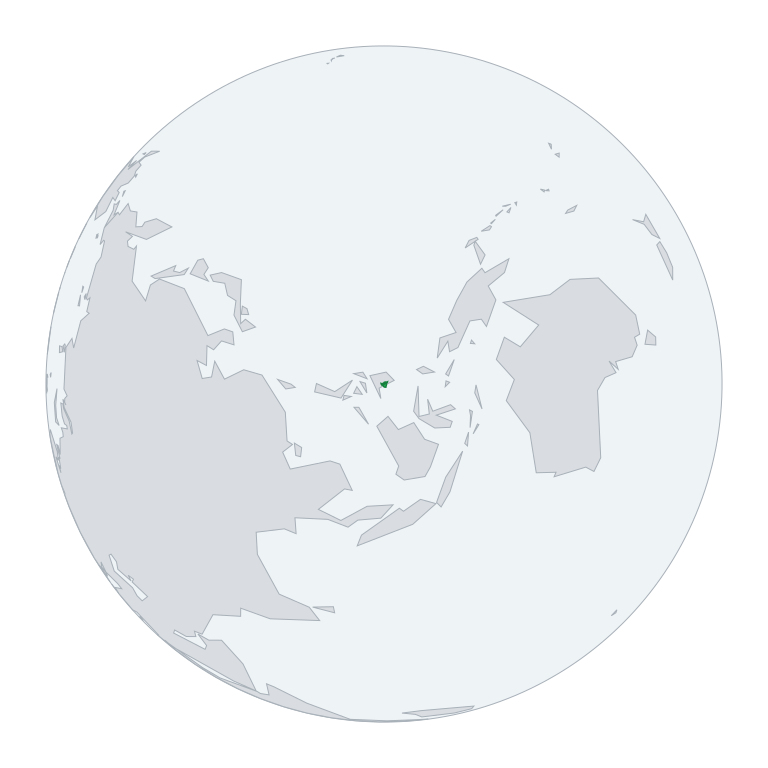 Maguindanao highlighted on a globe, orthographic projection, rotated 281°
{"feature_id": "PHL-2576", "entity_name": "Maguindanao", "entity_type": "Province", "adm_level": 1, "iso_a3": "PHL", "parent_name": "Philippines", "parent_adm1": "", "projection": "orthographic", "projection_center": [124.466, 7.153], "detail": "fine", "context": "on_globe", "style": "filled", "palette": "green", "viewbox_px": 768, "rotation_deg": 281, "n_neighbors": 0, "source": "natural_earth", "source_scale": "10m", "svg_char_len": 9248}
<svg xmlns="http://www.w3.org/2000/svg" viewBox="0 0 768 768"><g transform="rotate(281 384 384)"><circle cx="384" cy="384" r="338" fill="#eef3f6" stroke="#a8b0b8"/><path d="M651.7,499.7L651.4,502.0L651.1,502.4L651.7,499.7ZM559.4,95.2L558.9,94.9L548.4,91.6L556.2,98.5L545.7,91.7L568.2,111.3L569.7,119.4L561.1,105.8L554.9,101.2L552.5,103.8L545.6,99.8L540.5,99.2L532.5,94.6L528.1,88.1L522.9,85.4L521.5,87.5L512.6,85.1L515.4,82.2L500.2,78.0L490.0,68.9L504.2,68.8L491.7,63.8L491.4,63.6L514.8,72.4L537.5,83.0L559.4,95.2ZM698.7,282.3L695.9,274.9L698.4,278.4L698.7,282.3ZM693.6,271.3L694.7,273.6L693.6,271.9L693.6,271.3ZM692.4,270.6L693.3,271.1L692.6,271.3L692.4,270.6ZM691.2,270.7L691.8,270.3L691.8,270.7L691.2,270.7ZM688.3,268.4L687.5,267.7L687.8,266.5L688.3,268.4ZM563.5,104.9L563.9,103.5L565.8,106.4L563.5,104.9ZM541.2,100.0L543.3,101.8L539.7,100.8L541.2,100.0ZM524.3,93.1L518.0,91.4L523.6,91.9L524.3,93.1ZM513.8,89.7L498.6,86.7L501.8,90.2L484.0,79.6L502.8,85.0L509.3,84.8L509.2,87.0L513.8,89.7ZM476.6,74.7L472.3,73.4L476.0,73.6L476.6,74.7ZM485.3,61.6L483.1,61.0L472.3,57.9L469.6,57.2L468.4,56.8L485.3,61.6ZM459.8,54.7L460.2,54.8L452.3,53.1L459.8,54.7ZM447.0,52.1L459.2,54.6L458.8,54.6L447.0,52.1ZM441.1,50.9L445.4,51.7L444.9,51.6L441.1,50.9ZM432.7,49.6L432.0,49.5L432.7,49.6ZM439.9,50.7L441.0,50.9L438.1,50.5L439.9,50.7ZM417.2,47.7L414.8,47.5L417.2,47.7ZM94.9,209.0L94.3,211.0L113.0,184.9L114.3,180.5L127.7,163.7L133.0,159.0L133.0,165.6L137.3,160.6L146.3,147.0L155.4,140.1L150.4,142.0L145.7,147.4L142.4,149.3L146.6,144.5L149.7,141.9L152.2,138.6L137.6,152.8L158.2,132.6L180.5,114.2L204.3,97.8L203.1,98.6L214.2,91.9L215.9,91.6L222.9,87.0L224.7,86.0L235.5,80.5L243.6,77.1L248.9,74.5L239.9,78.3L266.6,67.1L271.5,65.5L275.7,65.1L255.3,76.2L246.9,78.9L250.0,75.8L235.2,83.9L242.1,80.6L239.2,82.9L250.3,78.8L248.8,80.3L262.1,74.3L261.4,75.8L253.0,79.6L268.9,76.3L271.1,79.2L275.4,77.9L279.4,75.6L279.5,81.7L282.7,80.5L283.9,78.0L291.1,74.2L303.7,70.4L303.1,72.7L298.4,74.4L287.6,82.0L275.3,87.1L276.4,87.7L286.9,84.0L300.0,74.5L307.8,71.7L302.7,75.8L305.2,74.0L308.9,73.4L311.9,75.2L318.0,70.8L359.2,64.8L369.2,69.0L360.1,72.5L388.2,74.3L397.2,81.1L398.3,78.4L412.5,78.9L409.9,76.7L411.5,75.5L446.8,78.6L454.6,82.0L471.0,82.4L471.6,81.4L466.7,78.7L484.0,79.6L501.8,90.2L499.6,92.0L512.3,98.4L505.5,102.0L505.7,108.7L490.9,110.4L492.4,116.5L497.2,118.4L502.8,129.0L497.7,145.8L480.6,123.2L484.1,101.3L480.9,108.9L475.3,104.9L470.2,106.5L468.5,112.7L472.2,114.7L436.9,117.1L420.1,134.1L436.6,135.8L444.2,143.6L439.5,169.8L397.9,201.9L407.6,216.8L406.3,225.6L393.8,229.3L395.3,216.3L385.1,210.2L387.9,202.9L368.3,206.2L371.4,196.0L354.7,204.5L358.0,213.4L374.1,213.5L358.3,226.5L371.2,243.6L369.5,262.5L337.5,292.5L309.6,299.7L307.2,305.7L297.8,297.5L282.6,308.2L298.2,345.7L296.9,356.0L273.5,373.1L273.5,365.3L248.4,343.5L241.8,367.7L260.7,390.7L267.1,415.9L251.7,406.5L245.4,384.3L236.6,376.0L240.4,354.7L235.7,322.1L220.3,326.3L222.8,313.8L214.1,286.8L192.6,292.2L157.7,321.2L150.6,353.2L139.5,366.0L131.8,317.1L136.6,286.1L128.6,287.6L124.9,260.1L103.7,253.2L105.2,245.1L100.2,247.5L98.4,238.2L102.6,225.4L99.4,225.0L89.4,259.0L93.4,259.8L103.1,249.0L99.1,260.9L101.5,273.4L82.3,299.0L58.3,317.1L63.8,293.0L85.8,226.4L89.5,219.9L89.9,219.2L90.7,217.8L84.7,228.1L91.1,215.8L71.0,260.0L64.2,279.1L57.9,318.4L56.6,321.7L56.9,330.5L67.3,325.9L65.7,333.9L56.0,369.0L48.4,414.8L53.9,451.0L60.9,480.9L63.6,491.4L56.7,468.0L51.5,444.1L48.0,419.9L46.3,395.6L46.3,371.1L48.1,346.8L51.7,322.6L57.0,298.8L64.0,275.4L72.7,252.5L83.0,230.4L94.9,209.0ZM135.5,155.0L130.4,160.7L130.5,160.6L135.5,155.0ZM125.0,188.0L130.2,192.5L141.6,174.6L144.6,175.3L147.4,169.4L142.4,173.4L151.3,158.1L158.5,155.3L164.9,148.5L163.5,146.8L148.9,154.9L136.0,176.1L129.0,182.0L125.0,188.0ZM376.7,46.2L370.9,46.4L359.7,47.0L365.6,46.6L348.9,47.9L349.7,47.8L376.7,46.2ZM411.1,47.2L412.0,47.3L395.8,46.3L390.2,46.1L411.1,47.2ZM310.4,54.7L314.9,53.6L316.5,53.3L328.6,51.1L328.3,51.6L320.9,53.1L310.4,54.7ZM109.5,188.5L105.8,192.8L107.7,189.9L108.6,188.9L109.5,188.5ZM312.1,54.8L317.2,53.7L313.9,54.7L312.1,54.8ZM328.8,51.9L326.1,52.9L329.7,51.4L328.8,51.9ZM199.9,651.3L206.8,655.7L203.7,655.3L199.9,651.3ZM70.6,483.3L85.0,533.7L82.0,532.0L74.5,515.9L64.4,484.6L65.7,477.8L64.4,464.4L70.6,483.3ZM352.1,481.0L362.6,483.4L362.2,484.9L352.1,481.0ZM341.1,474.6L352.9,476.2L339.1,477.8L341.1,474.6ZM357.6,476.8L369.7,474.9L374.9,472.9L374.0,476.0L357.6,476.8ZM333.1,474.0L290.7,469.3L274.2,463.5L277.8,458.2L304.4,462.4L333.1,474.0ZM276.5,457.8L251.8,439.0L220.0,388.6L231.3,390.7L265.0,422.8L262.8,427.4L277.7,441.8L276.5,457.8ZM337.5,434.4L335.2,449.0L311.6,445.4L301.0,441.9L293.6,422.1L297.7,412.9L306.3,414.1L341.2,385.0L353.0,394.1L342.0,406.8L351.8,420.6L337.5,434.4ZM151.4,356.5L155.7,376.8L150.0,379.2L151.4,356.5ZM356.3,363.8L341.6,376.5L355.4,359.0L356.3,363.8ZM365.2,347.0L365.5,354.2L360.3,346.7L365.2,347.0ZM305.9,315.3L296.7,316.0L297.0,311.0L308.9,307.3L305.9,315.3ZM368.2,278.7L366.1,292.8L363.7,297.5L360.4,288.5L368.2,278.7ZM317.1,63.9L300.5,65.8L288.4,69.0L281.3,73.0L284.2,68.9L302.9,63.9L317.1,63.9ZM354.1,64.1L360.2,61.7L362.4,63.0L361.3,63.7L354.1,64.1ZM354.4,62.5L352.9,59.4L359.5,58.2L359.3,60.8L354.4,62.5ZM331.8,55.1L326.9,55.5L329.7,54.5L331.8,55.1ZM572.5,625.2L576.4,627.6L566.8,636.4L553.6,645.1L541.1,647.6L572.5,625.2ZM474.1,643.4L472.8,632.6L487.2,632.5L482.0,641.7L474.1,643.4ZM581.8,618.5L590.4,608.9L592.8,596.6L592.8,607.9L600.5,608.6L579.5,626.9L581.8,618.5ZM418.4,594.8L353.0,610.8L338.2,606.8L340.9,597.9L325.4,568.7L330.2,569.7L325.9,550.4L364.0,536.5L391.0,507.2L413.3,511.1L429.5,489.6L452.9,493.2L446.5,510.7L471.4,524.6L486.9,485.4L503.3,529.8L522.2,546.7L529.0,574.4L499.7,617.9L481.7,625.5L477.7,621.0L470.4,625.1L458.1,622.4L450.2,607.1L443.1,611.1L449.5,600.5L439.4,609.6L432.5,599.7L418.4,594.8ZM586.1,529.7L589.8,531.2L596.1,539.1L590.0,537.4L586.1,529.7ZM642.2,508.2L644.1,511.9L640.1,512.6L642.2,508.2ZM651.1,502.4L646.4,503.6L651.7,499.7L651.1,502.4ZM604.6,505.5L606.6,508.4L605.1,509.2L604.6,505.5ZM603.1,504.5L605.2,500.3L605.0,504.7L603.1,504.5ZM584.8,479.8L587.0,477.8L588.0,479.6L584.8,479.8ZM378.2,485.0L392.6,474.8L400.7,474.5L378.2,485.0ZM581.5,474.9L575.9,474.1L576.4,471.8L581.5,474.9ZM581.7,469.5L581.1,466.2L584.7,474.1L581.7,469.5ZM570.9,461.4L577.8,467.7L570.1,462.0L570.9,461.4ZM566.9,461.9L561.9,458.9L562.3,458.0L566.9,461.9ZM512.5,461.9L530.8,482.7L516.4,481.0L500.1,467.6L487.9,477.8L460.0,473.6L466.2,467.2L462.3,456.3L433.9,449.6L428.2,442.2L438.2,438.5L419.6,431.3L439.9,430.1L448.3,444.9L459.8,435.0L480.1,439.5L500.0,446.0L516.3,458.0L512.5,461.9ZM440.3,461.1L443.8,461.5L440.8,465.4L440.3,461.1ZM552.5,450.3L559.7,457.8L558.9,459.5L555.4,458.1L552.5,450.3ZM520.0,455.9L537.4,445.7L541.5,446.3L530.0,458.6L520.0,455.9ZM533.0,437.7L541.2,440.1L545.6,447.1L544.0,448.8L533.0,437.7ZM398.9,444.3L398.2,448.1L393.0,444.6L398.9,444.3ZM405.6,442.6L421.4,448.3L404.2,445.8L405.6,442.6ZM358.8,424.6L363.2,434.2L377.4,429.7L366.6,437.1L376.4,453.3L373.2,458.8L363.4,441.3L360.3,458.1L354.1,457.2L350.5,442.2L356.7,425.0L362.9,418.3L388.6,417.8L358.8,424.6ZM405.4,431.3L401.3,420.1L404.4,413.2L408.9,419.3L405.4,431.3ZM389.5,393.3L379.0,380.0L369.1,383.7L389.5,368.6L396.1,383.8L389.5,393.3ZM381.2,365.6L371.9,368.9L381.8,360.0L381.2,365.6ZM369.7,364.6L369.1,356.0L376.2,357.9L369.7,364.6ZM385.9,366.4L388.4,352.3L391.6,361.0L385.9,366.4ZM367.1,337.1L381.8,352.3L362.0,344.5L363.0,317.4L371.6,317.6L367.1,337.1ZM426.3,237.9L425.2,230.7L433.4,230.1L431.8,235.1L426.3,237.9ZM459.2,224.1L435.2,227.7L415.9,231.8L421.1,235.6L415.4,247.0L408.3,235.0L423.0,223.6L437.5,222.8L441.1,213.5L452.5,208.5L452.2,196.8L457.7,192.6L462.4,203.3L459.2,224.1ZM451.5,191.9L455.2,172.7L470.0,177.6L472.5,182.8L464.6,189.3L457.2,186.3L451.5,191.9ZM460.4,169.8L453.3,167.0L443.8,139.2L445.5,134.8L460.5,157.0L454.7,155.8L454.4,162.2L460.4,169.8ZM472.8,74.8L472.3,73.6L475.5,75.1L472.8,74.8ZM409.7,74.3L412.4,73.1L416.0,74.5L409.7,74.3ZM421.9,70.7L415.9,69.9L422.5,69.7L421.9,70.7ZM402.5,68.7L413.7,69.1L402.6,70.2L402.5,68.7Z" fill="#d9dde1" stroke="#a8b0b8" stroke-width="1"/><path d="M382.6,383.0L382.6,382.9L382.6,382.7L382.6,382.4L382.4,382.5L382.3,382.4L383.5,381.2L384.0,381.0L383.9,381.7L383.9,381.9L384.1,382.1L384.2,382.3L383.2,383.7L383.2,383.9L383.3,383.9L383.5,383.9L383.7,383.6L383.8,383.5L384.1,383.5L384.1,383.8L383.9,384.3L384.0,384.4L384.0,384.5L384.3,384.6L384.5,384.7L384.5,384.8L384.7,385.0L384.8,385.0L385.0,385.1L385.3,385.2L385.5,384.9L385.4,384.9L385.4,384.7L385.2,384.4L385.3,384.3L385.4,384.2L385.5,384.2L385.4,384.1L385.3,383.9L385.5,383.7L385.6,383.8L385.8,384.2L385.9,384.5L385.8,384.8L385.9,385.0L386.1,385.0L386.2,386.3L386.5,386.5L386.4,386.6L386.4,386.8L386.5,386.9L386.6,387.0L386.4,387.0L386.2,387.0L386.0,386.9L385.8,386.8L385.7,386.6L385.6,386.4L385.5,386.2L385.3,386.2L385.4,385.8L385.0,385.8L385.0,385.7L384.8,385.8L384.7,385.8L384.6,386.1L384.5,386.4L384.3,386.5L384.0,386.5L382.8,386.5L382.7,386.5L382.7,386.4L381.5,386.3L381.5,386.2L381.4,386.0L381.2,386.2L381.1,385.9L381.1,385.7L381.1,385.1L381.2,384.8L381.4,384.2L381.6,384.1L381.8,384.0L382.0,383.9L382.2,383.7L382.3,383.6L382.6,383.8L382.9,383.9L383.1,383.6L382.9,383.3L382.7,383.0L382.6,383.0Z" fill="#22c55e" stroke="#15803d" stroke-width="1.5"/></g></svg>